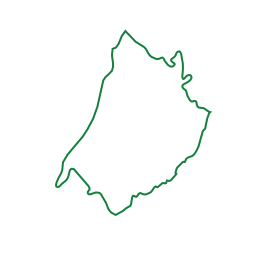 Vaslui, orthographic projection, rotated 42°
{"feature_id": "ROU-316", "entity_name": "Vaslui", "entity_type": "County", "adm_level": 1, "iso_a3": "ROU", "parent_name": "Romania", "parent_adm1": "", "projection": "orthographic", "projection_center": [27.841, 46.485], "detail": "fine", "context": "isolated", "style": "outline", "palette": "green", "viewbox_px": 256, "rotation_deg": 42, "n_neighbors": 0, "source": "natural_earth", "source_scale": "10m", "svg_char_len": 2339}
<svg xmlns="http://www.w3.org/2000/svg" viewBox="0 0 256 256"><g transform="rotate(42 128 128)"><path d="M178.5,61.2L178.4,62.7L180.5,67.9L185.7,76.8L185.7,80.3L192.9,94.8L194.3,99.8L194.4,100.5L194.7,102.5L194.7,105.1L193.8,107.1L192.5,109.4L191.9,112.1L193.0,115.2L191.8,116.0L191.4,117.4L191.1,124.4L191.4,125.9L193.1,129.2L193.6,129.7L194.2,129.5L194.6,129.7L194.8,131.2L194.8,137.0L194.7,138.6L193.9,140.0L192.1,140.9L193.1,143.5L192.5,144.5L192.2,144.7L191.3,145.1L190.5,145.9L189.7,151.7L189.1,152.5L187.6,153.0L187.3,154.4L187.8,158.1L187.9,160.4L187.7,161.1L186.0,165.0L184.5,166.5L183.2,167.2L181.8,167.6L180.5,168.3L180.0,169.6L180.4,172.8L180.1,173.8L178.7,174.2L177.1,174.9L177.4,176.5L179.8,180.4L180.6,181.5L181.4,182.8L181.8,184.4L180.3,188.8L179.6,193.4L177.4,199.7L177.1,200.7L176.6,201.0L172.3,202.0L170.3,201.9L167.0,201.1L162.2,198.5L152.5,195.4L150.6,195.3L148.6,196.3L147.3,197.4L146.3,198.9L145.0,201.5L144.3,202.7L143.1,203.4L141.8,203.4L140.9,202.4L140.7,201.0L140.6,199.5L139.6,198.4L137.6,197.6L115.3,194.8L113.5,195.9L113.0,197.1L113.2,198.6L115.9,203.6L116.6,205.4L117.0,207.0L117.0,208.8L116.2,213.8L116.2,216.7L115.9,217.8L115.5,218.6L114.8,219.2L113.8,219.4L112.5,218.4L111.4,216.3L109.8,211.6L108.6,206.3L107.1,203.0L102.6,196.9L100.9,188.2L100.1,164.6L98.7,155.9L95.8,144.3L91.1,132.8L77.8,109.2L77.2,105.0L77.7,100.7L77.7,96.1L76.1,92.8L73.7,90.0L67.9,85.1L66.2,83.1L65.4,81.9L63.6,79.5L65.1,76.6L65.1,74.5L64.6,71.5L61.8,63.6L61.2,57.7L75.9,58.8L85.5,57.1L87.9,57.2L90.4,57.9L92.7,58.8L95.8,59.5L98.0,59.4L102.8,57.8L104.2,56.6L105.1,55.2L105.6,53.8L106.5,52.6L108.2,52.6L110.5,53.6L115.4,54.4L117.9,54.1L119.5,53.2L120.1,52.0L120.3,50.9L120.3,49.8L119.9,49.2L119.1,49.0L116.7,49.3L115.3,49.2L114.4,48.6L114.2,47.7L114.8,45.0L114.9,43.4L114.7,41.9L114.1,40.6L113.8,39.2L114.0,37.8L115.0,36.6L116.4,36.7L118.1,37.5L125.7,43.5L129.2,47.2L134.0,53.5L135.5,54.6L136.4,54.5L136.8,53.5L136.7,51.8L136.8,50.0L137.4,48.3L139.1,47.0L140.6,47.3L141.7,48.4L142.2,50.2L142.1,52.2L141.0,56.0L140.3,57.6L140.0,59.1L140.2,60.4L141.5,61.4L143.2,61.6L145.2,61.3L146.6,61.7L150.6,64.3L155.3,65.9L157.2,65.9L158.3,65.1L158.8,63.9L160.3,62.8L161.4,63.0L162.6,63.8L163.8,64.8L165.3,65.6L166.8,65.5L168.0,64.8L168.9,64.0L171.1,62.6L177.5,61.7L178.5,61.2L178.5,61.2Z" fill="none" stroke="#15803d" stroke-width="2"/></g></svg>